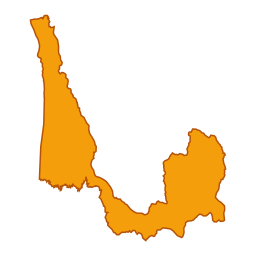 El Charco, Nariño, Colombia (Equal Earth projection)
{"feature_id": "7082276B87562004853041", "entity_name": "El Charco", "entity_type": "district", "adm_level": 2, "iso_a3": "COL", "parent_name": "Colombia", "parent_adm1": "Nariño", "projection": "equal_earth", "projection_center": [-77.861, 2.29], "detail": "fine", "context": "isolated", "style": "filled", "palette": "amber", "viewbox_px": 256, "rotation_deg": 0, "n_neighbors": 0, "source": "geoboundaries", "source_scale": "gbopen_adm2", "svg_char_len": 5788}
<svg xmlns="http://www.w3.org/2000/svg" viewBox="0 0 256 256"><path d="M210.9,135.2L209.5,137.4L208.6,137.6L205.1,135.3L203.6,133.2L201.8,132.7L200.3,131.1L198.7,130.2L197.3,130.0L196.2,129.2L192.7,129.0L191.2,132.0L189.3,132.1L188.8,132.5L188.5,134.6L188.8,135.3L189.9,135.7L190.3,137.5L190.0,139.1L190.2,141.8L188.8,143.2L188.8,145.1L186.9,149.0L187.5,150.6L187.6,153.0L186.9,154.9L184.1,155.5L182.8,154.4L179.8,153.6L178.0,154.8L176.0,154.4L175.1,154.6L172.4,152.9L171.6,154.3L170.6,155.1L168.6,159.1L164.7,161.0L163.5,162.3L163.3,163.8L163.9,165.4L163.7,167.5L164.2,168.9L164.0,170.3L164.3,171.1L165.1,171.5L165.4,173.8L164.0,175.3L163.9,176.0L163.4,176.1L164.1,176.9L164.3,178.1L163.5,181.3L164.5,182.1L164.6,183.6L165.3,184.4L165.5,186.3L165.1,187.5L165.1,190.5L165.9,192.5L165.0,193.4L165.5,194.1L165.2,195.2L165.6,195.6L166.1,200.2L167.2,202.1L166.9,203.5L164.9,203.6L162.6,202.5L160.1,202.4L158.2,201.0L156.6,202.2L156.3,203.6L155.9,204.0L154.2,204.2L152.4,203.7L151.6,203.9L150.5,206.4L149.4,207.6L149.0,211.2L148.1,213.1L146.8,214.2L145.2,214.7L144.3,214.7L142.1,213.3L136.6,213.1L133.3,211.4L130.4,209.0L126.8,204.6L125.1,203.9L124.2,202.6L122.1,201.4L120.1,199.0L118.4,199.3L117.7,198.6L116.6,198.4L116.1,197.6L115.1,198.3L114.6,198.1L113.1,196.1L112.5,191.3L111.8,189.6L110.6,187.2L107.5,183.0L105.9,181.2L102.6,179.0L98.7,177.1L97.7,177.1L95.7,176.1L94.6,174.3L93.6,170.2L91.8,167.6L90.8,164.6L91.9,160.0L94.0,158.2L93.4,156.9L93.4,156.1L94.1,155.0L94.1,153.6L93.6,152.8L93.8,152.3L95.5,152.0L96.0,151.4L96.2,146.3L95.1,144.9L94.7,142.4L93.5,139.6L89.6,133.3L88.7,129.1L89.0,125.7L86.5,122.7L84.0,117.5L81.0,115.3L80.4,112.2L79.6,111.0L79.5,108.0L78.3,107.9L77.5,105.0L77.7,104.5L77.2,103.3L77.2,102.4L76.6,101.9L76.4,100.2L75.6,98.6L73.4,97.2L73.1,95.5L72.8,95.5L72.4,94.3L71.0,92.7L71.1,90.4L70.7,89.3L70.0,88.7L68.3,88.4L67.2,87.0L67.2,85.2L67.9,83.9L67.7,83.0L68.2,81.4L67.8,79.3L65.8,77.7L65.9,74.5L63.7,72.8L61.9,72.5L61.3,72.7L60.7,73.7L60.1,73.9L58.5,71.5L58.5,70.4L59.6,68.8L59.4,66.3L59.8,65.6L60.9,65.4L61.7,64.6L62.2,62.6L60.7,60.1L60.1,55.8L58.8,53.7L58.5,51.4L58.6,46.4L57.5,39.8L53.8,34.4L53.4,32.3L54.2,26.7L51.5,27.7L50.7,27.5L50.5,26.7L49.1,26.6L48.8,23.0L49.5,22.3L49.7,21.6L47.9,18.7L47.7,17.7L48.6,18.0L47.9,16.2L47.0,15.4L44.4,15.6L42.8,18.7L42.5,18.5L42.6,17.6L41.5,17.5L39.0,18.7L36.5,19.2L34.5,19.1L30.4,20.1L31.1,23.9L34.1,30.2L36.0,35.7L37.9,38.9L38.8,41.7L39.5,45.0L39.5,47.3L38.9,51.0L37.7,54.1L37.6,55.8L38.7,57.3L41.2,58.5L40.7,61.7L42.5,63.6L42.3,66.5L43.3,68.7L42.4,71.5L42.8,72.7L42.3,75.1L43.6,79.2L43.5,80.9L43.9,81.3L44.4,89.0L44.0,94.0L44.3,95.8L44.1,97.1L44.4,97.4L43.8,124.0L40.8,146.6L39.4,179.2L39.8,179.4L39.9,179.0L40.2,179.4L40.2,179.1L41.5,179.6L41.9,180.2L42.1,179.9L43.0,180.4L43.7,180.2L44.0,179.5L45.0,179.6L46.1,180.3L46.4,181.1L47.2,181.2L47.1,181.6L47.8,181.0L48.1,181.4L48.4,180.8L48.9,181.3L49.2,180.9L49.5,181.7L50.2,181.9L50.2,182.9L49.5,183.4L49.0,183.2L48.9,183.6L49.9,184.0L50.4,184.7L51.2,184.8L52.0,185.8L52.0,186.4L53.6,186.4L53.8,187.4L54.3,187.0L54.2,186.0L54.9,185.8L55.1,186.7L56.1,185.4L56.4,185.6L56.6,186.8L57.2,186.9L57.9,185.2L58.5,186.4L58.1,187.1L58.8,187.7L58.8,188.8L59.6,188.9L60.2,188.3L60.7,188.5L60.8,189.0L60.3,189.6L60.3,190.6L60.8,190.5L61.8,188.6L61.6,187.7L60.5,186.6L61.0,186.0L62.5,186.5L62.7,185.6L63.4,185.6L64.6,184.6L65.1,185.2L65.8,184.4L66.3,185.4L67.2,185.4L67.1,187.3L68.7,187.5L68.8,186.9L69.7,186.5L69.2,185.8L69.5,185.5L70.2,187.4L70.6,187.7L71.5,185.5L72.3,185.6L71.8,186.3L72.4,186.5L72.5,185.1L72.9,184.2L74.1,185.9L75.9,186.8L76.6,188.2L77.6,188.0L77.9,188.8L77.8,190.4L78.7,189.4L78.7,190.2L79.3,189.7L79.4,190.4L80.2,188.9L81.9,187.7L81.5,187.2L82.0,187.0L81.9,185.0L82.4,184.9L82.0,184.1L83.2,183.8L83.3,182.9L83.8,182.9L83.7,182.0L84.2,181.9L84.2,180.9L85.8,180.5L86.0,179.6L85.7,179.2L85.9,178.9L85.7,177.5L86.0,177.3L87.1,180.6L86.7,182.1L87.0,183.1L86.7,184.0L88.5,183.7L87.1,186.0L88.2,187.1L89.5,186.6L89.9,187.1L90.6,186.7L91.1,187.2L92.5,187.2L93.5,186.5L95.6,186.3L95.7,185.8L98.7,186.6L99.4,187.9L99.7,190.4L100.6,190.6L101.1,189.8L101.6,190.6L100.8,192.5L100.6,194.8L99.8,195.9L99.2,197.5L100.7,198.6L103.5,205.0L103.5,206.0L104.3,206.1L105.2,207.8L105.1,211.4L105.3,212.1L107.6,212.5L106.6,213.3L106.0,215.5L105.3,216.8L105.3,217.9L105.9,218.6L106.7,221.6L107.6,222.1L107.6,222.6L108.3,222.8L108.3,223.5L107.8,224.0L107.8,225.3L112.4,229.9L113.3,231.9L114.1,232.7L115.1,232.6L116.6,234.7L118.9,234.7L121.8,232.3L125.5,232.3L126.5,231.6L128.1,232.2L129.7,230.8L130.4,232.0L131.2,232.3L132.9,230.5L134.4,230.5L135.4,231.0L136.0,232.7L137.2,234.2L138.8,232.6L141.0,233.7L141.9,234.9L143.0,238.3L145.8,240.6L146.4,239.3L147.7,238.6L148.3,237.6L150.0,236.2L152.0,235.5L153.5,236.4L154.7,236.0L155.6,234.1L156.7,233.2L156.7,231.3L157.1,230.3L158.5,229.9L160.3,229.9L162.5,228.0L163.6,227.9L170.4,228.9L173.0,230.8L177.5,235.7L181.6,237.5L182.6,236.8L183.5,234.6L184.0,232.3L183.8,228.5L184.4,226.7L185.4,225.4L185.6,222.7L187.5,221.2L191.6,220.7L193.6,219.9L195.1,218.1L196.5,217.2L197.5,215.8L199.4,214.3L201.3,214.4L203.4,215.9L206.4,215.8L210.1,212.5L211.4,213.6L212.4,216.6L212.7,220.2L214.1,221.7L216.3,222.0L218.9,220.0L220.4,221.4L223.2,221.1L224.3,220.4L224.5,219.9L223.8,213.8L223.9,212.2L224.5,210.9L224.7,209.0L224.4,205.7L220.8,202.2L218.7,201.0L215.7,197.7L215.5,197.0L216.3,193.3L218.7,189.3L219.5,183.1L220.1,182.9L220.6,182.0L221.2,179.5L222.9,179.4L222.9,178.5L223.9,177.4L224.9,174.9L224.3,173.9L224.8,171.5L224.4,170.2L225.0,169.2L225.6,169.1L225.1,166.7L223.8,163.4L223.0,158.8L223.7,157.8L224.2,155.7L225.1,155.1L225.1,154.7L224.5,153.2L223.2,153.4L222.7,150.6L221.8,149.0L221.9,147.3L220.7,146.2L220.1,144.7L218.3,143.1L217.7,141.7L216.5,140.3L215.7,137.3L214.3,135.8L210.9,135.2Z" fill="#f59e0b" stroke="#b45309" stroke-width="1.5"/></svg>